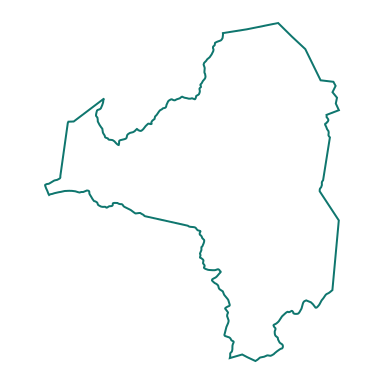 Sabanagrande, Francisco Morazán, Honduras
{"feature_id": "27666195B51862105966258", "entity_name": "Sabanagrande", "entity_type": "district", "adm_level": 2, "iso_a3": "HND", "parent_name": "Honduras", "parent_adm1": "Francisco Morazán", "projection": "orthographic", "projection_center": [-87.286, 13.79], "detail": "fine", "context": "isolated", "style": "outline", "palette": "teal", "viewbox_px": 384, "rotation_deg": 0, "n_neighbors": 0, "source": "geoboundaries", "source_scale": "gbopen_adm2", "svg_char_len": 5989}
<svg xmlns="http://www.w3.org/2000/svg" viewBox="0 0 384 384"><path d="M255.4,361.0L256.6,360.3L257.9,359.4L259.7,357.8L260.2,357.5L264.2,356.7L267.2,355.4L267.9,355.4L270.3,355.8L271.4,355.5L273.7,354.2L274.7,353.2L277.0,351.3L279.7,349.4L280.7,348.8L281.9,348.5L282.5,347.9L282.8,347.2L282.9,346.5L282.8,345.5L282.5,344.8L281.7,344.0L280.5,343.3L279.6,342.5L278.1,339.6L277.7,337.6L275.7,336.0L275.1,335.0L274.8,333.8L274.7,331.7L274.9,330.8L275.4,329.7L275.5,328.6L275.3,328.1L274.5,327.3L273.9,326.4L273.5,325.4L273.6,325.1L274.0,324.7L276.2,323.6L277.2,322.8L278.2,321.9L278.9,321.1L282.0,316.4L283.7,314.8L285.9,312.8L287.1,312.0L287.8,311.8L288.6,312.1L289.2,312.1L290.3,311.7L291.2,311.1L291.7,310.9L292.2,311.0L292.6,311.4L293.3,312.4L293.4,313.2L294.0,313.6L295.1,313.9L296.5,313.9L297.4,313.8L298.3,313.5L298.9,312.9L299.5,312.1L301.5,308.6L303.0,303.2L303.4,302.4L303.8,301.8L304.4,301.2L306.2,300.4L310.9,302.3L313.0,304.3L315.5,307.6L316.0,307.7L316.7,307.5L317.7,306.6L319.3,304.7L321.6,300.4L323.4,298.2L324.8,296.1L325.8,294.7L326.7,294.0L328.6,293.1L330.0,292.1L332.4,290.1L338.8,220.4L319.7,191.3L319.7,189.9L319.9,188.9L320.3,188.2L321.1,187.3L321.9,185.0L321.8,182.8L322.1,181.6L323.1,180.2L329.9,137.4L328.9,136.2L328.5,135.4L328.5,134.4L328.7,132.8L328.5,131.2L327.1,129.2L326.1,126.6L325.3,125.1L325.1,124.5L325.1,124.1L325.3,123.7L325.7,123.4L326.3,123.3L327.1,122.1L327.7,121.7L328.3,120.5L328.3,119.7L328.1,119.1L327.1,117.7L326.6,117.1L326.6,115.5L326.5,114.9L338.9,110.2L335.8,103.5L337.0,97.7L332.5,92.2L335.6,85.9L333.4,81.8L320.6,80.3L305.3,49.1L291.9,36.6L278.1,23.0L246.9,29.3L222.9,33.1L223.0,34.6L222.7,37.2L222.5,38.2L221.9,39.2L221.3,40.0L220.6,40.5L217.0,41.8L215.1,42.8L214.6,45.3L214.2,45.7L213.4,46.3L213.0,47.0L213.0,48.1L213.5,49.4L213.4,50.4L213.1,51.6L212.8,52.0L211.7,54.3L209.7,57.2L207.1,59.4L206.2,60.8L204.4,62.6L204.0,63.2L203.6,64.7L204.5,67.2L204.7,68.1L204.4,72.1L204.6,73.0L205.1,74.0L205.3,75.4L205.5,76.2L205.4,77.3L205.2,78.0L204.7,78.9L202.9,81.0L201.7,83.2L200.5,84.5L200.4,85.1L200.9,86.1L200.9,87.1L199.9,88.0L199.5,88.6L199.5,89.2L199.7,90.1L199.8,91.0L199.8,91.8L199.4,93.1L199.0,94.1L198.4,94.7L196.3,95.9L195.6,98.3L195.2,99.0L194.9,99.2L194.5,99.2L192.1,98.3L191.4,98.4L190.4,98.7L188.9,98.7L187.0,98.2L184.4,97.7L182.1,96.7L181.0,97.3L179.8,98.3L176.5,99.4L175.1,100.2L174.4,100.3L173.4,100.1L171.8,99.3L170.7,99.5L169.5,100.2L168.6,100.8L168.0,101.6L166.5,104.9L166.2,106.4L165.7,107.4L165.1,107.8L162.8,108.4L162.0,109.2L159.9,110.4L158.8,111.8L156.7,114.9L155.1,116.5L154.5,119.0L152.4,120.6L151.5,122.0L151.3,122.7L151.6,123.6L151.5,123.9L150.9,124.1L148.9,123.7L148.3,123.7L148.0,123.8L145.7,126.0L143.3,129.1L142.0,130.3L141.2,130.8L140.2,130.9L138.8,130.4L138.3,130.2L137.3,129.2L136.9,129.0L136.2,129.6L134.6,131.2L133.5,131.9L132.9,132.2L130.0,132.9L129.0,133.5L128.1,134.1L127.4,134.8L127.0,135.8L126.6,137.7L126.1,138.4L125.5,138.8L124.3,139.2L120.2,140.2L119.4,140.7L119.1,141.5L119.1,143.1L118.8,144.8L118.7,145.0L118.2,144.9L117.4,144.4L115.9,143.0L114.5,141.4L113.1,140.4L112.1,140.0L109.0,139.7L108.3,139.2L107.8,138.4L105.6,137.6L105.2,137.3L105.0,136.9L104.7,135.6L103.6,133.9L102.9,132.6L102.3,128.7L101.1,127.2L99.5,124.8L97.8,121.5L97.7,119.4L97.4,117.6L96.2,116.1L96.0,115.4L96.1,114.3L96.5,112.4L97.0,110.6L97.6,110.0L99.8,109.2L100.8,108.4L102.2,105.2L103.1,102.4L103.4,100.0L104.1,98.5L73.7,121.5L68.4,121.7L67.8,123.0L60.3,176.3L60.4,177.0L60.2,177.8L59.9,178.3L59.5,178.6L57.3,179.8L54.3,180.5L50.8,182.6L49.3,183.5L48.7,183.8L47.0,184.0L45.4,184.7L45.1,185.1L45.2,185.8L46.1,188.3L47.2,190.6L48.5,194.0L49.1,195.0L50.2,194.3L52.3,193.9L54.4,193.2L58.8,192.2L60.7,191.9L64.7,191.0L69.2,190.8L72.1,190.9L75.3,191.3L78.2,192.2L79.6,192.5L81.3,192.0L83.2,192.0L86.9,190.5L87.9,190.6L88.5,190.8L89.1,191.3L89.3,192.0L89.3,193.1L89.6,194.2L91.4,197.1L92.3,198.7L93.8,200.8L94.1,201.1L95.1,201.3L96.6,202.1L97.3,202.8L97.7,204.0L98.3,205.1L100.1,206.1L101.1,206.6L102.8,206.9L104.3,206.8L105.0,206.8L105.7,207.0L106.3,207.6L106.8,207.6L107.4,207.4L108.4,206.7L109.2,206.3L110.0,206.2L111.3,206.1L112.2,205.8L112.5,205.5L112.7,205.1L112.8,203.6L113.0,203.3L113.3,203.1L114.4,202.9L117.5,203.0L118.4,203.6L119.2,203.9L120.2,204.1L121.3,204.1L122.0,204.3L122.7,204.9L123.4,206.0L124.3,206.8L130.7,210.0L134.3,212.7L135.4,213.4L136.1,213.4L139.2,213.0L140.2,213.0L140.7,213.3L141.8,214.0L143.5,214.9L144.4,215.9L145.0,216.2L187.8,225.7L188.8,226.4L190.1,226.8L193.4,227.1L194.6,227.3L195.3,227.6L195.9,228.1L196.9,229.5L197.8,230.3L200.2,231.0L200.4,231.3L200.4,231.6L199.8,232.8L199.7,233.3L199.7,233.9L199.8,234.5L200.1,234.9L200.9,235.5L201.5,236.2L201.8,236.8L202.2,238.0L204.1,240.0L204.2,240.4L204.1,241.8L203.6,243.4L202.4,246.2L201.9,246.8L201.4,247.2L201.4,250.1L200.0,253.5L200.2,254.4L200.5,255.1L200.0,257.3L200.1,257.6L200.4,257.9L201.0,258.0L202.2,258.9L203.0,259.6L203.4,260.3L203.4,260.8L203.1,262.6L203.1,263.4L204.4,265.1L204.6,265.7L204.5,266.5L204.0,267.2L204.0,267.8L204.6,268.4L205.7,269.0L208.0,269.8L209.4,270.0L212.7,270.2L214.6,270.2L215.6,270.0L217.6,269.3L218.3,269.3L219.0,269.7L219.5,270.2L219.9,271.0L220.5,271.4L220.7,271.9L220.5,272.3L219.1,273.8L216.9,276.4L215.6,277.5L213.8,278.4L212.4,279.2L212.1,279.7L212.0,280.4L212.6,281.2L213.7,282.2L214.8,283.1L216.4,283.9L217.8,285.1L218.2,285.7L218.8,288.0L219.2,288.8L220.1,289.6L222.8,291.4L223.9,294.2L224.3,295.0L227.6,299.0L228.3,300.1L229.7,304.7L229.7,305.3L229.4,305.8L228.7,306.2L227.6,306.6L226.4,307.3L225.5,307.9L225.2,308.4L225.2,308.7L225.6,309.2L227.6,311.8L228.0,312.5L227.9,313.0L227.5,313.9L227.2,314.8L227.1,316.1L228.5,320.1L228.6,320.7L228.5,321.7L228.1,323.1L226.4,327.0L224.4,334.9L224.6,335.5L225.1,336.0L229.2,337.4L229.9,337.9L230.4,338.4L231.5,340.4L233.3,341.3L233.6,341.7L233.6,342.5L233.0,343.8L232.5,345.4L232.4,347.3L232.4,349.1L232.1,350.8L231.8,351.6L230.6,352.8L230.2,353.6L230.2,356.2L229.8,358.1L242.2,354.5L247.3,357.2L255.4,361.0Z" fill="none" stroke="#0f766e" stroke-width="2"/></svg>